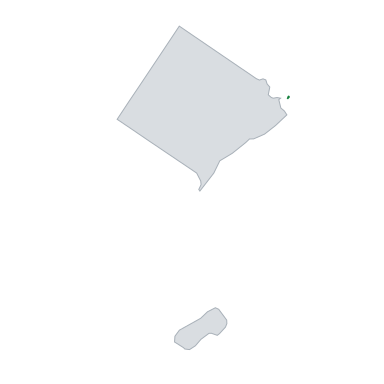 location of Elobey Grande, Equatorial Guinea, rotated 214°
{"feature_id": "11065452B23490115173263", "entity_name": "Elobey Grande", "entity_type": "district", "adm_level": 2, "iso_a3": "GNQ", "parent_name": "Equatorial Guinea", "parent_adm1": "", "projection": "equal_earth", "projection_center": [9.506, 0.981], "detail": "fine", "context": "in_parent", "style": "filled", "palette": "green", "viewbox_px": 384, "rotation_deg": 214, "n_neighbors": 0, "source": "geoboundaries", "source_scale": "gbopen_adm2", "svg_char_len": 1292}
<svg xmlns="http://www.w3.org/2000/svg" viewBox="0 0 384 384"><g transform="rotate(214 192 192)"><path d="M294.7,210.4L294.9,232.6L294.9,251.3L295.0,271.6L295.1,292.8L295.2,310.7L295.3,322.4L280.7,322.3L261.3,322.2L242.0,322.1L222.6,322.0L212.9,322.0L202.2,321.9L198.7,322.5L196.4,325.5L193.5,326.2L190.2,323.6L186.2,322.5L185.1,319.9L183.1,315.2L179.1,314.7L177.1,315.2L174.3,317.9L171.0,319.3L171.7,317.1L165.3,311.3L160.7,310.8L156.5,309.0L159.9,293.9L164.2,280.6L170.6,270.5L174.0,268.1L175.1,263.1L180.2,246.7L186.4,233.4L184.5,219.9L186.0,197.2L187.8,197.9L188.1,200.0L188.6,203.2L190.9,206.0L198.7,210.3L222.0,210.3L235.9,210.3L256.5,210.3L278.2,210.4L294.7,210.4ZM110.2,57.8L112.0,58.2L122.6,57.9L125.5,62.9L125.2,70.4L114.2,92.1L112.2,101.3L107.9,109.1L104.3,109.7L91.6,105.2L89.5,102.4L88.7,98.7L90.0,90.0L90.9,87.3L97.0,85.7L98.9,84.3L102.2,74.9L103.2,66.4L105.9,60.0L110.2,57.8Z" fill="#d9dde1" stroke="#a8b0b8" stroke-width="1"/><path d="M165.3,324.3L165.4,324.1L165.3,323.9L165.2,323.7L165.1,323.4L165.1,323.2L164.9,323.2L164.9,323.4L164.8,323.7L164.8,323.8L164.7,324.0L164.7,324.3L164.7,324.5L164.6,324.8L164.6,325.0L164.8,325.2L165.0,325.1L165.3,325.3L165.5,325.2L165.5,324.9L165.4,324.7L165.4,324.4L165.3,324.3Z" fill="#22c55e" stroke="#15803d" stroke-width="1.5"/></g></svg>